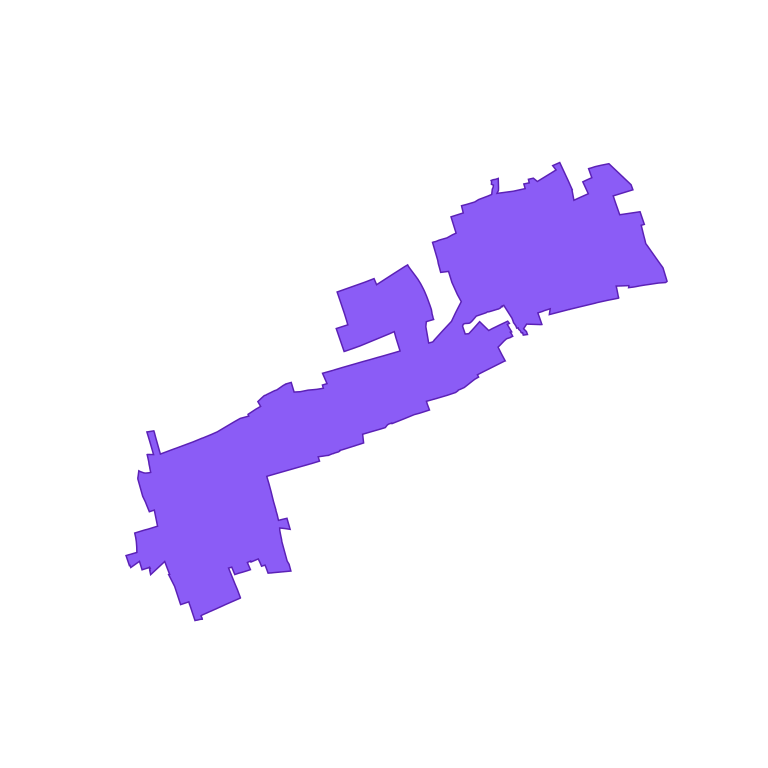 Dzilam González, Yucatán, Mexico (Natural Earth projection), rotated 337°
{"feature_id": "50627088B25525768162846", "entity_name": "Dzilam González", "entity_type": "district", "adm_level": 2, "iso_a3": "MEX", "parent_name": "Mexico", "parent_adm1": "Yucatán", "projection": "natural_earth1", "projection_center": [-88.758, 21.324], "detail": "fine", "context": "isolated", "style": "filled", "palette": "violet", "viewbox_px": 768, "rotation_deg": 337, "n_neighbors": 0, "source": "geoboundaries", "source_scale": "gbopen_adm2", "svg_char_len": 6151}
<svg xmlns="http://www.w3.org/2000/svg" viewBox="0 0 768 768"><g transform="rotate(337 384 384)"><path d="M624.6,248.9L626.0,254.2L618.3,255.4L604.3,257.5L602.0,253.1L601.9,252.9L596.9,252.0L596.3,255.6L590.9,254.5L590.3,259.3L578.5,257.1L562.5,252.7L563.8,251.5L564.9,250.7L566.1,248.1L569.5,239.4L566.8,239.2L564.3,238.6L562.1,238.5L562.1,239.8L560.9,242.1L562.4,243.7L561.4,245.5L559.8,247.0L557.2,251.6L553.2,251.6L543.1,251.2L538.6,251.9L530.6,251.0L525.0,250.2L523.8,257.5L511.0,256.3L509.3,273.3L505.3,273.4L500.9,273.9L499.0,274.1L493.3,273.4L490.8,273.1L489.6,273.1L488.1,273.1L486.7,273.0L485.3,272.7L484.0,272.6L481.8,291.1L481.0,294.5L480.5,298.5L479.8,303.4L487.4,305.6L486.2,317.0L486.5,330.3L487.3,338.4L482.1,342.7L477.8,346.3L470.6,352.7L458.9,357.9L447.2,363.3L447.2,363.5L445.5,364.2L445.2,364.3L441.2,363.8L441.2,363.4L443.0,355.8L444.9,347.6L447.3,343.2L448.9,343.3L454.9,344.0L455.0,342.2L455.3,340.9L455.4,340.0L455.7,337.9L456.0,337.0L456.7,334.0L457.0,330.1L457.2,326.3L457.4,322.6L457.5,319.3L457.5,314.4L457.4,312.2L457.2,309.4L456.9,306.0L456.5,303.3L456.1,300.7L455.2,296.8L453.1,288.3L452.6,286.0L452.4,284.9L452.3,283.6L449.1,284.0L436.0,286.2L426.8,287.8L416.0,289.7L416.0,283.1L406.3,282.8L376.8,281.0L376.2,289.3L375.1,303.6L374.4,310.5L373.8,315.4L361.7,314.3L360.0,338.5L362.1,338.7L376.9,339.6L408.7,339.9L413.9,339.8L413.0,346.5L411.7,359.9L405.5,359.2L400.7,358.6L396.4,358.1L392.4,357.6L388.8,357.1L380.4,356.1L373.9,355.2L364.7,354.1L351.6,352.5L339.9,351.2L331.6,350.1L331.7,361.4L326.9,360.9L326.5,364.2L320.2,362.7L316.7,361.6L311.8,360.0L304.0,358.4L298.1,356.3L299.2,346.3L293.5,345.6L293.5,345.8L291.0,345.9L284.3,347.3L282.8,347.6L280.9,347.4L278.2,347.5L275.9,347.7L274.6,347.7L273.6,347.8L273.3,347.8L271.3,347.9L271.0,348.1L270.6,348.1L269.6,347.9L269.4,347.9L268.6,348.1L265.2,349.3L261.0,350.9L261.7,356.4L256.2,357.1L247.0,358.8L246.9,360.7L238.2,359.5L231.9,360.2L223.7,361.3L220.7,361.7L212.6,362.8L212.1,362.9L205.7,363.0L195.8,362.9L195.6,362.8L194.9,362.8L185.5,362.7L162.6,361.6L160.1,361.5L150.8,361.1L151.3,356.8L153.0,343.5L153.7,338.8L153.8,337.2L147.0,335.5L146.0,344.8L144.9,354.0L144.3,358.9L138.6,356.4L138.4,356.4L137.8,359.8L137.2,363.0L136.9,364.3L136.4,366.0L136.3,366.6L135.8,369.1L135.5,370.3L135.4,370.8L134.7,374.2L133.4,374.0L132.3,373.7L129.6,372.8L129.1,372.5L128.1,371.9L127.6,371.4L127.2,371.0L126.7,370.6L126.1,370.0L125.6,369.6L124.4,368.1L121.7,372.7L120.8,374.1L120.3,375.3L118.0,393.1L118.3,399.4L118.2,402.8L118.1,409.9L123.3,410.3L120.0,426.4L110.0,425.4L107.5,425.0L105.1,424.7L96.3,423.8L95.4,428.5L94.5,432.0L94.0,433.6L92.7,437.4L90.7,442.5L79.5,441.1L78.7,451.6L79.3,451.6L79.2,454.0L89.6,451.7L88.7,460.5L92.1,460.8L94.9,461.1L96.7,461.0L96.8,462.5L96.0,462.5L95.8,464.3L95.5,464.2L94.7,468.3L109.6,462.9L112.8,461.7L112.5,468.9L112.3,475.5L111.3,475.3L112.2,488.5L110.6,507.6L119.2,508.3L118.9,510.7L118.9,512.0L118.3,519.2L117.6,527.9L118.5,528.0L119.5,528.3L121.1,528.6L122.1,528.7L123.0,528.9L124.8,529.5L125.1,528.3L124.9,526.0L126.2,525.6L149.0,525.2L151.5,525.1L168.2,524.9L168.3,524.8L168.7,516.1L168.7,509.9L169.0,492.7L172.3,493.1L172.2,501.1L176.2,501.4L179.9,501.9L185.7,502.5L188.5,502.7L188.5,494.9L189.6,494.9L192.1,494.9L192.0,495.9L199.9,495.9L200.1,499.7L200.1,503.9L203.7,504.2L203.7,506.7L203.4,512.8L205.2,513.4L206.6,513.9L208.3,514.4L217.7,517.4L225.2,519.8L226.2,512.8L225.8,510.2L225.7,508.9L228.4,489.0L228.9,487.4L229.7,483.3L230.8,478.2L231.7,475.8L232.5,476.2L236.4,478.4L240.8,481.1L242.2,469.7L239.9,469.3L236.9,468.8L233.6,468.3L234.6,462.6L235.1,458.1L235.3,457.8L236.4,448.8L238.0,438.9L239.1,431.0L240.0,423.2L250.8,424.5L284.0,428.6L286.0,428.9L294.5,429.8L295.0,425.3L300.2,426.7L301.1,426.9L302.7,427.3L303.4,427.5L304.9,428.0L308.8,428.0L310.5,428.3L311.2,428.2L315.6,428.7L317.2,428.4L317.3,427.9L320.6,428.3L342.2,430.3L344.7,421.9L351.4,422.7L351.6,422.7L362.3,424.0L367.8,424.6L368.2,424.6L370.9,423.1L372.4,422.7L373.7,422.8L375.9,423.0L375.9,423.6L389.4,423.9L399.9,424.0L405.5,424.8L411.1,425.3L415.7,425.7L416.0,419.2L416.3,416.5L427.3,417.9L437.7,419.1L446.6,419.8L449.5,419.1L450.0,418.6L451.6,418.7L456.5,418.6L460.2,417.6L467.8,415.5L469.5,415.1L473.8,414.6L473.6,412.0L482.0,411.4L493.2,410.7L504.1,410.0L504.6,410.1L503.9,402.5L503.4,394.6L505.6,393.8L511.4,391.3L514.4,390.3L515.3,390.3L518.8,390.6L519.0,390.4L521.1,390.4L521.0,388.2L520.5,385.7L521.9,385.9L521.3,381.8L520.8,377.3L523.1,377.2L522.4,374.5L513.0,374.9L509.5,375.1L505.3,375.3L501.3,375.7L496.4,364.0L488.6,367.7L486.0,368.9L483.8,369.9L481.7,370.8L481.3,370.7L478.3,369.7L478.9,361.5L479.7,360.6L480.4,360.0L481.4,359.9L482.2,360.0L483.4,360.4L483.9,360.6L484.7,360.9L486.1,361.3L486.9,361.4L487.5,361.1L488.6,360.9L489.3,360.6L490.6,360.0L495.6,357.5L496.1,357.6L500.2,357.9L505.8,358.3L507.7,358.0L508.5,358.5L511.9,358.9L517.6,359.5L518.7,359.7L520.8,359.5L522.2,358.9L522.8,359.0L522.5,358.5L522.9,358.4L525.0,358.4L527.5,373.4L527.4,376.4L527.2,378.2L527.6,379.6L528.1,382.4L528.0,384.2L528.1,384.6L528.8,384.6L529.4,384.7L529.4,386.5L530.2,388.1L530.4,389.1L530.3,390.1L530.5,390.6L531.6,390.9L531.3,393.4L535.4,394.5L535.6,391.4L534.1,387.7L538.7,384.6L550.7,390.2L551.8,390.7L552.6,390.9L553.1,383.8L553.4,378.7L558.1,379.1L560.2,379.1L566.4,379.7L563.3,384.7L582.8,387.6L583.3,387.6L583.5,387.8L584.7,387.9L585.0,387.9L585.3,388.0L593.8,389.4L609.9,392.1L611.7,392.3L615.5,393.0L622.9,394.4L630.0,395.9L633.5,396.6L633.7,396.3L633.8,396.0L633.9,394.7L634.4,392.5L635.4,387.7L636.0,384.6L647.8,389.1L647.6,389.7L646.8,390.9L651.8,392.3L654.4,392.9L658.2,393.7L663.1,394.9L666.4,395.8L676.1,398.3L682.8,400.6L683.8,400.4L684.7,400.1L686.2,386.1L685.9,384.6L685.0,380.8L681.9,366.5L680.7,360.8L679.8,357.0L680.4,353.6L681.0,349.4L682.8,338.4L686.0,338.8L687.0,325.5L667.1,320.3L668.0,306.3L668.5,300.4L689.0,302.5L689.3,297.1L677.1,269.1L669.4,267.5L663.8,266.5L662.1,266.3L659.4,266.1L656.5,265.7L656.3,268.9L655.9,275.3L650.1,275.4L646.0,275.6L646.4,288.7L635.9,288.9L630.6,289.1L632.9,278.7L633.2,278.7L633.1,274.7L633.0,268.7L632.8,263.2L632.3,248.8L624.6,248.9Z" fill="#8b5cf6" stroke="#5b21b6" stroke-width="1.5"/></g></svg>